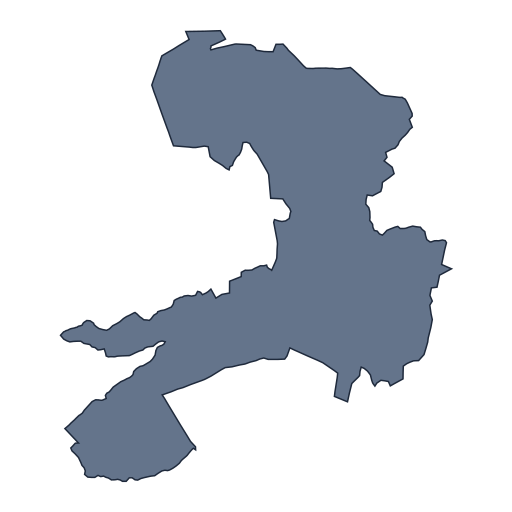 outline of Kipkelion East, Rift Valley, Kenya
{"feature_id": "3690345B91045012580235", "entity_name": "Kipkelion East", "entity_type": "district", "adm_level": 2, "iso_a3": "KEN", "parent_name": "Kenya", "parent_adm1": "Rift Valley", "projection": "albers", "projection_center": [35.478, -0.176], "detail": "fine", "context": "isolated", "style": "filled", "palette": "slate", "viewbox_px": 512, "rotation_deg": 0, "n_neighbors": 0, "source": "geoboundaries", "source_scale": "gbopen_adm2", "svg_char_len": 5995}
<svg xmlns="http://www.w3.org/2000/svg" viewBox="0 0 512 512"><path d="M72.0,450.9L75.2,453.9L78.5,457.5L79.9,460.5L80.8,462.4L82.0,465.4L84.1,467.7L85.3,470.9L84.6,474.4L87.8,477.1L91.6,477.4L94.8,477.4L98.0,475.4L100.7,476.6L103.6,476.1L105.9,477.3L108.4,478.0L111.4,479.9L114.7,479.8L116.1,479.6L117.6,479.3L120.3,480.0L122.4,481.3L126.2,481.3L129.3,477.8L132.2,477.8L135.0,479.8L137.7,480.1L140.9,478.5L144.2,477.6L149.1,476.5L151.1,476.1L154.7,475.7L158.1,473.3L161.8,471.0L164.5,470.3L165.5,470.3L167.6,470.6L169.6,470.0L172.9,468.2L176.2,465.9L179.4,463.2L181.0,461.0L181.8,460.1L183.0,459.0L186.4,456.1L187.2,455.3L188.9,453.1L191.1,450.5L192.6,448.9L193.4,448.3L195.6,449.8L195.5,446.8L190.5,441.4L187.3,436.1L180.0,424.3L168.5,405.2L164.6,398.6L162.2,394.9L171.1,391.8L177.6,389.1L183.0,387.6L190.7,384.5L201.8,380.5L204.6,379.4L206.6,378.4L211.0,376.1L221.5,369.6L225.2,367.6L232.1,366.8L237.4,365.5L240.0,364.9L244.0,364.2L245.3,363.9L250.2,362.1L256.1,360.6L259.8,359.0L263.8,358.0L268.2,359.4L277.5,359.4L284.7,359.1L287.0,356.0L289.9,347.9L294.7,350.2L297.7,351.5L307.7,356.0L317.4,360.2L322.8,362.7L334.2,370.5L337.7,373.1L337.2,377.7L335.0,391.6L334.4,396.4L347.5,401.8L349.4,393.1L351.8,383.5L354.2,381.1L358.0,377.4L359.6,375.6L360.0,371.4L361.2,367.1L364.2,368.4L367.5,371.1L370.4,374.9L371.7,380.2L372.6,382.8L373.2,383.8L374.9,386.1L376.8,383.1L380.9,380.3L384.7,380.8L388.4,381.5L390.3,385.9L394.0,383.8L403.0,378.9L403.1,372.3L403.3,366.1L406.7,363.7L409.9,362.2L413.6,360.8L418.6,360.6L424.0,354.6L425.9,348.4L427.7,342.1L428.2,338.0L430.8,327.6L432.3,319.6L431.1,314.1L429.8,305.2L432.3,301.1L429.9,295.4L431.4,287.9L437.0,287.2L438.3,281.3L439.5,275.2L445.7,271.9L451.5,268.8L441.6,264.5L444.6,250.1L446.5,242.7L445.2,240.6L442.4,240.0L438.6,240.8L436.5,240.7L434.4,240.8L431.2,241.9L430.0,241.9L426.8,239.6L425.6,235.7L424.8,231.6L422.0,229.3L420.4,227.2L416.7,226.8L412.7,226.1L408.7,227.2L406.3,228.1L405.0,228.4L403.1,228.5L400.1,228.5L397.8,226.4L395.1,227.1L389.7,229.2L386.9,230.4L384.2,233.4L382.4,235.1L379.4,233.9L377.2,231.1L374.3,230.5L372.9,227.3L372.6,224.3L371.3,222.4L369.7,220.4L370.0,217.5L369.8,211.6L368.8,207.7L365.8,204.2L366.1,199.5L367.2,195.0L372.5,195.8L375.3,194.3L380.8,191.4L382.0,187.3L382.4,182.4L389.7,177.2L394.1,173.7L392.2,167.2L384.1,160.9L387.0,157.3L385.6,152.4L392.0,149.1L395.0,148.2L398.0,144.8L399.3,141.5L401.9,138.2L405.3,135.1L407.6,132.5L409.8,129.3L412.3,127.3L409.3,119.3L412.2,116.1L412.1,113.4L407.3,102.8L405.2,99.2L403.0,98.0L402.1,97.3L400.2,97.4L398.9,97.3L393.9,96.7L384.7,95.7L380.2,94.4L360.3,76.2L352.5,69.2L350.3,67.5L346.2,68.1L341.4,68.7L337.2,68.9L332.1,68.3L329.8,68.4L326.3,68.1L315.9,68.2L313.2,68.5L307.6,68.4L306.2,68.2L303.4,65.7L297.7,59.5L294.3,55.9L288.4,50.3L286.8,48.1L283.0,44.1L279.8,44.3L276.0,44.3L273.1,51.7L268.5,51.7L263.9,51.5L256.2,50.2L255.2,47.6L252.9,45.9L250.5,44.7L236.2,44.0L234.9,44.1L233.1,44.5L224.3,46.6L217.2,48.1L210.9,49.9L210.4,48.6L210.9,47.4L211.0,45.9L219.5,42.1L224.8,39.5L225.5,39.1L225.0,38.2L222.5,34.1L220.3,30.7L204.8,31.2L185.8,31.5L189.1,39.5L178.6,45.8L173.4,49.1L161.9,55.8L161.0,58.2L160.5,59.8L160.1,60.9L159.1,64.2L158.0,67.5L156.6,71.3L155.4,74.9L154.2,78.1L151.8,85.1L153.9,91.6L156.9,99.7L162.1,114.4L167.1,128.1L168.6,132.0L169.8,135.6L171.6,140.6L173.5,145.8L189.5,147.1L192.7,147.5L195.9,147.5L204.3,146.1L208.2,146.7L210.1,156.7L214.3,160.5L219.3,163.4L222.6,165.5L226.1,168.4L229.1,169.9L229.9,166.6L232.4,165.4L233.5,162.1L233.9,161.3L235.5,158.6L236.6,156.9L238.0,155.6L239.0,155.0L240.5,152.3L241.7,149.1L242.2,146.0L243.0,142.5L246.7,142.2L249.7,143.5L251.2,146.3L253.3,149.7L254.2,150.9L257.2,154.2L267.2,171.6L268.6,174.5L270.7,198.3L282.8,198.9L286.0,203.9L289.7,208.4L290.9,211.5L290.5,212.4L290.2,213.5L289.3,218.5L287.8,219.4L285.7,220.9L281.9,221.5L278.7,220.9L274.5,219.6L273.7,222.3L277.2,240.7L277.5,243.9L277.1,249.3L277.0,253.2L276.8,257.6L276.6,258.7L275.3,262.1L271.7,270.3L270.9,269.6L268.9,268.6L267.3,267.2L266.6,265.1L263.8,265.8L260.3,265.8L257.3,267.2L254.8,268.3L251.9,270.0L248.2,270.3L246.7,270.3L245.2,270.2L241.3,272.3L241.2,276.6L229.6,281.2L229.5,293.0L221.9,294.4L215.9,298.1L210.9,289.1L208.2,291.6L205.9,293.1L202.4,294.7L200.7,292.5L199.7,291.9L197.6,291.4L195.6,295.3L191.6,296.1L188.0,295.5L184.1,296.0L182.2,297.2L180.9,297.2L179.7,297.6L178.6,298.2L176.3,299.2L174.2,300.5L173.2,304.3L171.3,307.1L170.4,307.4L167.1,308.9L164.3,310.0L160.9,310.6L157.8,311.7L157.0,313.3L153.8,315.2L151.1,318.8L149.3,320.4L147.1,320.0L143.8,319.8L142.0,318.3L139.7,316.7L136.9,313.9L135.0,312.5L133.9,312.9L129.6,315.2L126.5,316.6L123.4,318.6L119.8,321.8L116.8,323.6L112.7,325.7L109.4,328.9L106.6,330.3L102.9,329.6L98.9,328.5L96.1,326.5L94.1,324.7L93.6,323.2L90.1,320.8L86.8,320.5L83.8,322.5L83.2,323.2L82.7,324.0L82.2,325.1L81.0,325.6L80.1,325.9L79.2,326.0L78.3,326.3L77.1,327.2L75.9,327.4L74.7,327.9L73.3,328.2L71.7,328.5L70.3,328.9L69.2,329.4L67.9,330.1L67.0,330.4L66.1,330.6L65.0,331.3L63.6,331.9L60.5,335.3L63.7,339.1L66.8,340.8L69.8,341.9L73.6,341.4L77.8,341.2L80.8,341.2L83.9,343.4L89.8,344.5L92.0,346.9L95.2,347.6L97.9,350.0L100.8,349.7L104.2,348.9L105.5,352.8L106.2,356.0L108.4,356.9L110.4,356.7L111.4,356.7L114.3,356.8L115.2,356.7L117.2,356.2L118.2,356.1L121.5,355.9L129.4,355.6L132.1,354.4L134.9,353.0L139.4,351.0L142.9,350.0L144.8,348.1L147.4,347.0L148.3,346.8L153.0,346.3L155.5,344.2L158.6,341.9L162.0,341.0L165.2,341.7L163.9,344.1L162.0,345.4L160.2,345.9L157.4,347.4L155.9,350.6L155.1,355.1L152.5,359.1L150.2,361.5L147.0,363.4L144.0,365.2L142.8,365.8L140.0,366.4L136.4,368.7L133.7,371.5L133.0,374.6L131.5,376.2L129.6,377.6L126.9,378.7L124.4,380.1L120.8,381.7L113.2,387.1L110.8,390.1L109.1,392.0L106.8,393.2L105.4,395.4L106.2,398.5L102.3,400.2L101.2,400.3L98.3,399.9L95.6,399.8L92.1,401.6L84.3,410.2L82.3,413.2L79.8,415.0L78.9,415.5L75.4,418.9L74.7,419.7L71.3,422.7L69.1,425.0L64.9,428.6L78.5,443.0L75.3,443.2L73.3,445.4L72.7,446.1L70.8,448.0L72.0,450.9Z" fill="#64748b" stroke="#1e293b" stroke-width="1.5"/></svg>